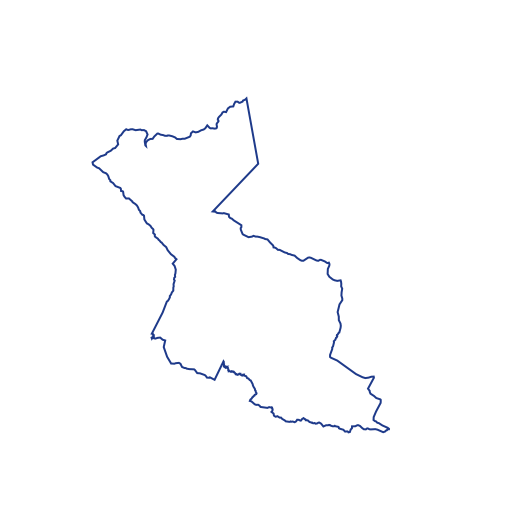 San Carlos, Salta, Argentina (Mercator projection), rotated 111°
{"feature_id": "61730980B20324539983987", "entity_name": "San Carlos", "entity_type": "district", "adm_level": 2, "iso_a3": "ARG", "parent_name": "Argentina", "parent_adm1": "Salta", "projection": "mercator", "projection_center": [-66.067, -25.8], "detail": "fine", "context": "isolated", "style": "outline", "palette": "blue", "viewbox_px": 512, "rotation_deg": 111, "n_neighbors": 0, "source": "geoboundaries", "source_scale": "gbopen_adm2", "svg_char_len": 6132}
<svg xmlns="http://www.w3.org/2000/svg" viewBox="0 0 512 512"><g transform="rotate(111 256 256)"><path d="M274.2,357.0L275.0,353.8L275.8,352.7L276.1,351.6L277.2,349.8L277.2,349.0L278.8,346.3L279.9,343.0L282.2,340.6L284.8,336.1L286.0,331.9L286.8,331.0L287.5,329.1L293.0,331.0L294.5,328.4L297.5,326.0L301.1,325.0L302.8,324.9L304.4,324.0L305.7,324.5L307.4,324.1L308.1,323.1L311.8,322.9L314.0,321.9L315.0,321.9L318.0,320.8L320.2,321.5L322.4,321.5L324.3,322.1L325.4,321.6L327.7,321.8L329.5,322.2L330.5,322.9L342.2,322.9L365.8,325.4L365.6,324.6L366.0,324.5L366.4,323.3L366.7,323.5L366.8,323.1L367.7,322.6L367.9,323.1L369.0,323.3L368.8,323.6L369.7,324.2L370.4,323.6L369.9,323.5L369.5,322.9L369.2,320.4L367.6,318.4L366.5,316.2L367.6,313.2L367.4,310.5L374.1,309.5L381.9,302.9L386.8,296.7L385.8,293.6L384.9,292.6L383.4,289.7L383.7,287.9L386.1,285.3L386.2,282.6L385.8,281.4L386.0,280.3L385.5,277.7L384.0,273.2L384.3,272.2L386.4,268.9L385.6,266.2L385.5,261.2L385.9,260.0L387.1,258.2L386.4,255.9L385.8,255.6L386.4,250.3L366.0,248.6L366.5,248.0L367.6,248.2L367.5,247.8L368.1,247.5L368.8,248.0L368.6,247.0L370.7,246.4L371.0,245.2L370.3,245.5L369.9,244.9L370.3,244.4L370.0,243.8L370.4,244.0L370.9,243.7L370.7,243.4L370.3,243.4L370.3,242.9L370.7,242.9L370.6,242.2L371.1,242.1L371.7,241.1L372.7,240.9L372.7,240.5L373.3,240.2L372.9,239.8L373.1,238.6L372.5,237.8L372.9,237.5L372.1,236.5L372.5,235.6L372.0,235.3L372.9,233.4L373.7,232.6L373.7,232.1L373.2,231.7L373.6,230.8L373.1,230.1L371.8,229.4L371.5,228.3L372.3,228.0L372.6,226.1L371.4,225.6L371.0,224.7L371.9,224.5L371.8,222.0L373.2,220.5L373.1,219.2L374.1,217.3L374.1,216.3L376.9,213.1L377.8,212.6L379.0,211.4L380.4,209.5L381.7,208.7L381.9,208.1L383.0,207.5L383.9,206.3L384.9,206.3L386.1,207.5L386.9,207.4L387.7,208.1L388.5,208.2L389.0,208.7L390.7,209.0L392.1,209.8L393.5,209.8L393.4,208.1L394.9,204.0L394.9,202.5L394.1,200.6L394.5,199.0L395.3,197.7L393.7,190.9L392.4,189.6L392.2,188.2L391.6,187.2L391.7,186.7L392.7,186.3L393.0,185.6L394.6,185.2L396.0,185.7L396.8,183.1L398.4,182.2L398.8,181.6L399.0,180.0L397.9,178.6L398.4,176.1L397.9,174.7L398.7,173.2L399.2,170.1L399.7,169.0L398.9,165.5L398.6,164.8L398.1,164.5L398.1,163.7L397.4,162.5L397.3,160.3L396.0,159.3L394.1,158.9L393.6,157.3L393.8,155.6L393.6,155.1L391.6,154.5L390.3,153.5L390.8,152.2L390.7,151.6L390.9,151.0L391.5,150.7L390.9,148.8L391.8,146.5L391.6,145.0L391.8,144.5L391.4,143.9L391.7,143.0L391.5,142.2L390.9,141.4L391.2,140.3L390.5,139.0L389.2,138.0L388.8,137.2L389.2,135.1L391.0,132.0L388.9,129.9L388.2,128.0L387.5,127.3L387.3,126.4L387.6,126.1L387.5,123.4L387.0,122.1L386.3,121.6L386.5,121.0L386.0,118.0L386.2,117.4L387.1,116.8L387.2,116.0L386.9,112.2L388.0,109.9L387.0,107.9L387.1,107.1L387.5,106.5L386.7,105.3L384.0,105.4L382.5,104.7L380.6,105.3L379.4,102.3L377.6,100.7L377.3,99.9L377.4,98.0L378.5,95.4L379.1,93.3L378.5,91.3L377.3,90.6L376.9,89.9L377.1,88.0L376.8,86.8L374.9,82.6L374.6,80.4L374.9,74.1L373.6,72.6L372.1,71.9L371.7,71.3L370.8,71.2L370.1,69.8L369.7,69.9L369.2,71.5L368.9,77.3L368.0,81.5L368.2,83.0L367.4,84.7L367.5,85.8L367.0,87.5L364.2,88.4L358.2,88.2L348.5,87.0L347.2,87.4L345.6,88.0L345.3,88.5L345.5,92.8L344.4,95.6L343.5,99.8L342.0,101.2L341.2,101.5L339.7,103.9L327.4,102.3L326.4,102.9L327.4,105.1L329.2,107.3L330.8,110.2L331.0,113.2L330.4,120.3L324.5,142.7L324.1,149.7L323.7,150.7L321.8,151.4L315.4,151.5L314.1,152.1L312.8,151.7L308.8,152.2L307.7,152.8L305.7,151.9L303.7,152.0L303.2,151.5L301.8,151.4L301.4,152.0L300.6,152.1L300.0,151.6L298.0,151.3L297.6,150.8L292.8,151.3L290.8,151.8L288.8,152.9L286.2,155.7L282.9,157.0L279.1,159.7L271.2,160.7L266.3,159.6L264.8,160.2L262.3,162.1L259.1,163.1L255.6,163.8L253.8,165.6L251.4,166.4L249.5,167.4L248.4,168.3L250.1,171.2L250.5,173.9L250.4,175.9L249.1,180.1L247.1,182.7L242.3,184.3L238.9,184.1L237.8,184.3L237.0,184.7L236.1,185.6L236.9,186.5L237.0,187.3L236.4,189.8L236.3,193.9L236.6,194.8L238.2,196.2L238.5,198.0L238.0,204.1L238.2,205.6L238.9,206.8L243.4,210.0L244.0,211.6L244.0,213.1L243.1,216.9L241.8,220.1L242.2,223.1L242.1,224.9L242.6,226.7L242.1,228.1L242.4,230.5L241.8,236.1L242.4,237.7L241.5,240.1L241.4,241.7L241.7,242.7L240.1,243.7L238.3,247.8L236.4,251.2L236.9,253.6L236.7,254.5L237.0,259.1L237.4,261.6L238.0,263.2L238.1,265.6L239.3,266.6L241.1,269.7L240.6,275.6L240.2,276.5L236.9,279.6L235.5,280.3L234.3,280.0L232.5,280.7L230.7,289.6L229.8,291.9L229.8,293.6L229.1,295.2L227.0,296.3L227.5,301.4L228.2,302.4L229.6,307.2L229.7,308.4L229.0,310.0L229.4,310.4L229.9,312.3L169.1,287.0L112.3,321.4L114.0,322.2L115.5,323.8L116.7,323.9L118.7,325.9L119.0,326.6L118.5,328.5L119.3,330.5L121.9,330.9L124.5,330.8L125.9,333.6L128.3,335.1L132.4,335.5L132.8,337.7L134.0,338.7L136.3,339.0L139.5,340.4L141.2,340.8L142.5,340.5L142.9,339.7L143.8,339.3L146.4,340.1L147.4,339.9L149.4,338.7L150.6,338.6L151.3,339.1L152.0,340.5L152.3,342.3L153.1,344.1L153.0,345.2L151.5,348.3L154.9,349.1L156.7,350.2L158.2,352.2L160.8,354.4L162.2,356.6L162.3,359.5L164.8,360.7L166.9,360.2L168.4,360.6L172.1,364.6L172.9,366.7L174.0,368.3L175.1,371.8L174.3,374.0L174.2,376.9L174.6,380.3L175.1,381.6L175.7,382.1L176.4,384.1L176.4,386.0L176.9,388.5L176.7,391.2L177.1,392.0L180.9,393.8L183.7,394.5L184.6,396.6L186.6,398.4L187.8,398.9L189.3,399.4L191.1,399.2L192.7,398.2L192.4,398.9L189.2,400.8L187.7,401.3L184.3,400.8L181.4,400.8L178.9,403.3L178.6,405.7L179.5,407.8L179.4,409.3L181.7,413.5L181.9,416.7L182.7,418.5L184.0,420.1L184.3,421.3L184.2,422.6L186.9,424.1L191.7,425.4L192.8,426.4L198.0,426.8L201.2,424.7L205.7,426.2L206.9,427.9L209.8,429.3L212.7,432.0L213.8,432.5L214.8,432.4L216.7,434.3L218.5,436.7L227.1,442.2L229.1,440.9L230.4,435.9L230.3,434.0L232.5,428.7L232.5,425.7L233.2,424.0L234.4,422.5L236.7,420.7L237.5,419.1L238.5,418.7L239.1,415.6L241.1,412.2L241.1,407.1L241.5,406.4L243.7,405.2L243.3,403.7L243.6,403.1L246.7,401.4L247.8,400.0L248.9,397.9L247.8,395.3L249.4,391.0L250.0,390.5L250.7,387.3L251.5,385.3L253.0,383.4L254.8,381.9L255.6,380.2L256.9,379.4L258.3,376.8L258.1,375.8L258.5,375.0L261.9,373.3L263.8,370.8L264.7,369.5L264.9,367.6L265.7,365.3L267.0,363.6L267.8,361.6L268.3,361.1L271.4,360.2L272.2,358.1L273.6,357.7L274.2,357.0Z" fill="none" stroke="#1e3a8a" stroke-width="2"/></g></svg>